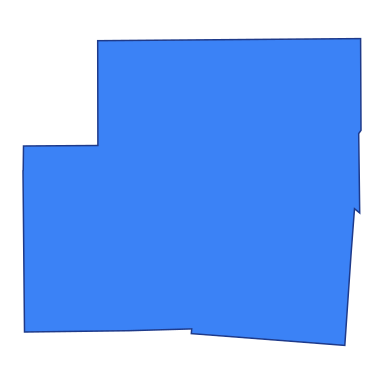 Shelby, Ohio, United States of America
{"feature_id": "52423323B28276778913523", "entity_name": "Shelby", "entity_type": "district", "adm_level": 2, "iso_a3": "USA", "parent_name": "United States of America", "parent_adm1": "Ohio", "projection": "equal_earth", "projection_center": [-84.19, 40.334], "detail": "fine", "context": "isolated", "style": "filled", "palette": "blue", "viewbox_px": 384, "rotation_deg": 0, "n_neighbors": 0, "source": "geoboundaries", "source_scale": "gbopen_adm2", "svg_char_len": 328}
<svg xmlns="http://www.w3.org/2000/svg" viewBox="0 0 384 384"><path d="M344.8,345.4L351.1,253.5L354.5,208.7L359.7,213.0L358.7,133.6L361.0,130.3L360.6,38.6L97.7,40.7L97.9,145.5L23.5,146.0L23.2,170.4L23.0,170.6L24.5,332.0L129.0,330.7L191.7,328.9L191.3,333.6L344.8,345.4Z" fill="#3b82f6" stroke="#1e3a8a" stroke-width="1.5"/></svg>